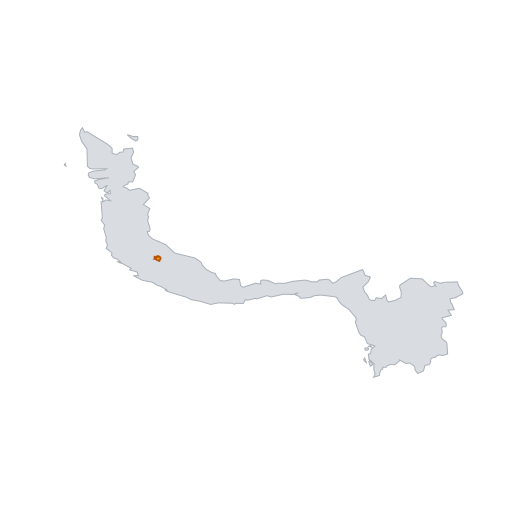 Krong Buk, Đắk Lắk, Vietnam (highlighted), rotated 120°
{"feature_id": "81297802B2573632778711", "entity_name": "Krong Buk", "entity_type": "district", "adm_level": 2, "iso_a3": "VNM", "parent_name": "Vietnam", "parent_adm1": "Đắk Lắk", "projection": "equal_earth", "projection_center": [108.229, 13.013], "detail": "fine", "context": "in_parent", "style": "filled", "palette": "amber", "viewbox_px": 512, "rotation_deg": 120, "n_neighbors": 0, "source": "geoboundaries", "source_scale": "gbopen_adm2", "svg_char_len": 5121}
<svg xmlns="http://www.w3.org/2000/svg" viewBox="0 0 512 512"><g transform="rotate(120 256 256)"><path d="M302.2,93.5L298.7,93.8L295.0,97.5L290.2,99.9L289.0,106.5L284.9,109.6L283.0,108.1L279.0,109.5L274.6,108.1L276.1,115.7L271.7,121.7L272.2,125.6L271.0,128.5L263.4,137.1L261.2,137.2L259.5,138.6L255.8,148.8L255.3,157.2L253.6,162.0L252.0,164.1L251.6,166.7L257.3,180.1L261.1,185.5L264.8,188.3L270.4,196.2L269.5,198.3L269.9,202.8L267.3,201.5L267.6,202.0L270.7,204.5L275.4,213.1L283.7,222.1L285.0,226.7L293.0,234.1L292.8,235.1L298.5,241.1L299.1,243.5L303.4,243.2L307.3,250.2L308.5,250.2L308.9,253.2L315.3,265.0L320.6,271.0L323.2,282.0L326.3,290.4L326.4,295.1L331.1,315.5L330.8,318.2L329.9,315.6L330.0,323.3L330.8,327.4L330.5,332.5L333.8,342.0L334.3,352.4L331.9,348.0L329.3,351.1L331.2,358.6L329.1,357.9L329.3,367.9L330.2,371.4L330.0,372.8L328.9,370.1L328.0,374.9L328.9,378.2L327.5,381.8L325.4,382.1L324.3,389.6L320.7,390.2L318.0,393.7L314.8,394.9L308.6,401.5L304.8,402.6L302.7,407.8L299.3,408.4L286.5,417.3L285.0,415.1L282.7,414.3L280.9,409.5L279.6,417.2L278.6,417.7L276.7,416.3L274.8,413.2L272.1,415.3L275.1,415.9L275.9,417.9L275.4,420.3L269.0,420.2L274.8,423.3L276.0,425.6L273.3,429.3L273.2,432.0L271.9,433.2L268.7,430.8L261.8,422.5L269.9,434.3L271.3,439.7L269.4,442.1L267.1,442.2L263.3,438.6L257.2,430.2L255.1,429.0L262.3,441.0L263.3,443.8L262.5,446.9L247.8,455.9L243.8,464.5L239.2,469.6L234.3,470.9L231.7,470.5L234.5,466.1L232.8,464.5L233.4,440.7L234.7,434.5L238.9,432.0L238.9,430.7L237.5,427.1L234.1,425.7L232.5,423.1L229.5,424.0L224.3,416.9L227.4,413.8L233.6,413.3L238.0,408.3L237.4,402.9L238.0,402.1L243.8,404.1L245.9,401.0L253.5,399.8L255.6,403.6L257.5,402.9L261.0,405.5L262.5,405.6L261.8,401.8L262.4,398.4L255.7,390.9L255.7,380.8L257.3,380.3L259.1,377.2L267.7,379.3L268.0,371.6L274.3,370.7L275.7,368.5L279.3,367.8L285.5,361.1L288.1,360.7L289.4,362.4L291.9,359.3L293.0,354.2L291.3,339.8L294.1,327.8L288.2,307.6L288.9,300.5L290.7,298.1L292.6,292.3L292.4,285.8L291.4,282.6L293.1,280.4L295.2,274.6L293.3,270.6L287.1,264.0L284.6,258.6L289.5,254.3L289.6,251.6L279.6,242.6L277.9,237.8L275.4,239.7L273.6,238.5L271.3,233.9L270.3,225.1L268.7,223.7L265.3,217.4L259.7,211.7L252.9,202.3L251.5,199.5L250.7,195.2L247.9,190.2L245.2,189.2L240.6,182.9L240.0,180.3L241.3,175.8L238.0,173.6L232.1,171.4L214.4,156.9L218.2,151.8L217.1,147.1L217.5,146.2L222.4,145.9L229.5,147.9L232.8,143.9L234.4,139.6L236.9,136.3L236.9,134.5L235.2,131.0L232.0,131.0L230.3,126.1L224.9,124.2L228.5,120.9L229.6,118.3L224.7,113.2L219.4,109.7L214.7,112.1L211.0,116.2L209.3,116.8L198.0,111.2L192.7,100.5L194.9,91.8L195.0,88.6L192.8,87.0L192.2,85.0L190.5,88.7L188.8,88.7L187.2,82.2L185.2,80.7L177.7,68.6L180.1,66.1L183.8,59.2L185.2,58.0L192.8,62.7L196.0,66.6L199.3,63.9L199.3,62.5L203.4,57.5L206.9,62.6L209.7,57.1L216.4,64.0L217.5,62.7L218.9,58.0L220.8,56.6L222.3,56.3L224.1,59.1L225.6,59.3L229.0,56.5L232.4,56.0L234.7,53.4L235.4,48.0L236.2,47.0L245.0,41.1L248.5,44.2L250.7,48.8L253.8,50.0L257.0,53.1L259.5,52.7L260.3,51.6L263.5,51.7L266.2,55.0L271.8,53.5L276.9,57.2L275.2,61.2L272.7,63.1L272.0,65.1L272.0,69.7L274.1,72.5L274.3,80.0L275.7,79.4L280.9,81.6L282.8,85.3L285.3,87.5L287.3,87.7L289.0,90.6L290.7,89.7L291.5,90.9L295.1,90.5L297.7,89.3L302.2,93.5ZM216.4,417.5L216.6,422.4L215.3,428.2L213.9,421.9L211.7,418.1L214.7,416.4L216.4,417.5ZM294.3,101.9L291.2,105.5L290.0,105.4L291.6,100.4L294.3,101.9ZM282.1,115.4L281.2,115.5L279.5,113.2L280.4,111.9L282.3,112.8L282.8,113.9L282.1,115.4ZM292.6,110.2L291.4,111.0L289.9,110.9L293.2,107.1L292.6,110.2ZM277.0,110.2L278.3,114.0L276.5,112.0L277.0,110.2ZM285.0,415.9L282.6,419.1L282.5,417.6L285.0,415.9ZM273.1,467.5L271.2,467.5L273.2,465.5L273.1,467.5Z" fill="#d9dde1" stroke="#a8b0b8" stroke-width="1"/><path d="M309.3,342.7L309.2,342.6L309.2,342.4L308.9,342.3L308.9,342.1L309.0,342.0L309.0,341.9L309.0,341.7L309.0,341.3L308.9,341.1L308.7,341.0L308.7,340.9L308.8,340.9L309.0,340.7L308.9,340.3L309.0,340.2L309.1,339.9L309.2,339.7L309.2,339.3L309.1,339.2L308.9,338.9L308.7,338.7L308.7,338.4L308.8,338.1L308.7,337.9L308.8,337.8L308.9,337.6L308.9,337.4L308.8,337.2L308.7,337.0L308.4,337.0L308.2,337.2L307.9,337.4L307.6,337.5L307.4,337.5L307.3,337.3L307.2,337.2L306.9,337.1L306.7,337.1L306.4,337.1L306.2,337.2L305.9,337.3L305.7,337.4L305.7,337.5L305.6,337.8L305.6,338.0L305.4,338.3L305.2,338.4L305.1,338.5L305.1,338.8L305.0,338.7L304.9,338.6L304.9,338.8L304.8,339.0L305.0,339.0L305.1,339.3L304.9,339.4L304.9,339.5L305.0,339.7L305.0,339.8L305.0,340.0L304.9,340.2L304.9,340.4L304.9,340.5L305.0,340.6L305.0,340.9L305.0,341.1L305.2,341.3L305.3,341.3L305.4,341.5L305.5,341.6L305.9,341.3L306.0,341.2L306.0,341.3L306.2,341.5L306.3,341.5L306.5,341.5L306.4,341.6L306.4,341.8L306.5,341.8L306.6,342.0L306.8,342.1L307.0,342.2L307.1,342.3L307.1,342.6L307.1,342.8L307.1,343.0L307.1,343.3L307.1,343.5L307.3,343.6L307.5,343.5L307.7,343.4L307.8,343.2L307.7,343.0L307.7,342.9L307.6,342.7L307.8,342.5L307.9,342.4L308.0,342.3L308.1,342.2L308.2,342.3L308.3,342.4L308.4,342.2L308.5,342.2L308.7,342.3L308.7,342.2L308.6,342.3L308.7,342.5L308.8,342.5L308.9,342.8L309.1,342.7L309.3,342.7Z" fill="#f59e0b" stroke="#b45309" stroke-width="1.5"/></g></svg>